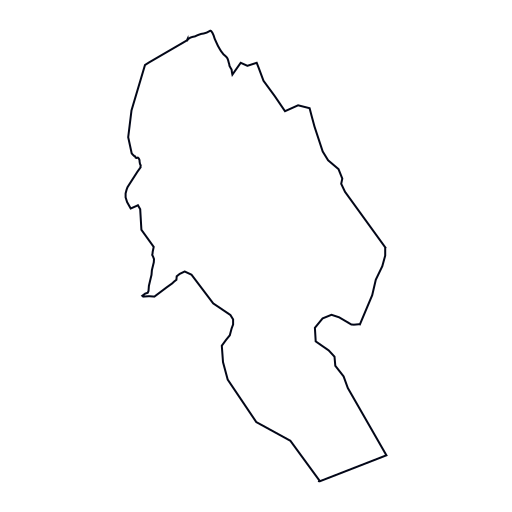 the district of The Morne, Castries, Saint Lucia
{"feature_id": "8701671B84211341759878", "entity_name": "The Morne", "entity_type": "district", "adm_level": 2, "iso_a3": "LCA", "parent_name": "Saint Lucia", "parent_adm1": "Castries", "projection": "equal_earth", "projection_center": [-60.998, 13.997], "detail": "fine", "context": "isolated", "style": "outline", "palette": "ink", "viewbox_px": 512, "rotation_deg": 0, "n_neighbors": 0, "source": "geoboundaries", "source_scale": "gbopen_adm2", "svg_char_len": 1905}
<svg xmlns="http://www.w3.org/2000/svg" viewBox="0 0 512 512"><path d="M386.4,455.3L347.8,388.0L343.6,376.4L335.3,365.8L334.5,356.7L328.7,350.4L328.1,350.0L315.7,341.4L314.9,327.8L322.6,318.4L331.5,314.8L339.1,317.3L351.3,324.5L353.9,324.7L359.3,324.2L359.9,324.4L372.2,295.2L375.8,279.7L382.3,266.2L385.2,255.6L385.2,247.8L385.4,247.6L345.0,191.8L341.2,183.8L342.3,178.6L338.5,169.1L328.1,160.3L322.7,151.5L314.5,126.6L311.5,115.5L309.6,108.2L298.1,105.3L285.0,111.2L274.8,96.2L263.5,80.8L258.7,67.9L256.7,62.8L247.4,65.8L240.7,62.8L232.4,74.6L232.2,73.7L231.9,72.0L231.6,69.6L230.7,68.1L229.5,65.9L229.2,64.1L228.7,62.5L228.2,60.5L227.5,58.5L226.7,57.3L225.7,56.3L224.6,55.3L223.5,54.4L222.6,53.2L221.0,51.1L219.6,48.8L217.9,45.8L216.1,41.9L214.7,38.8L213.6,35.4L212.4,32.8L211.2,31.1L210.3,30.7L209.7,31.0L208.8,31.5L206.7,32.6L203.7,33.5L201.2,33.9L198.9,34.7L197.3,35.3L195.0,36.4L192.5,36.9L190.4,37.6L188.5,38.8L187.8,39.6L187.7,38.7L186.9,40.4L149.1,62.4L145.0,65.0L131.5,110.4L128.2,137.2L131.7,153.4L132.4,154.2L132.8,154.7L133.5,155.3L134.3,156.1L135.0,156.3L135.3,156.7L135.6,157.6L136.4,158.0L137.8,157.6L138.8,158.5L139.5,160.1L139.6,161.8L140.0,164.0L140.7,165.3L140.5,166.4L140.6,167.3L137.5,171.6L129.4,184.2L127.5,187.2L126.6,189.6L125.6,193.4L125.6,197.4L127.1,202.1L130.7,208.5L136.6,205.9L137.9,205.2L140.2,209.2L141.4,229.8L153.7,246.9L152.7,251.7L152.5,253.7L152.2,254.9L153.1,256.7L154.0,259.1L153.8,262.3L151.9,270.1L151.5,274.9L150.7,278.2L148.9,285.8L148.5,291.0L147.7,292.8L145.2,293.6L142.3,295.8L143.2,296.6L149.1,296.2L154.4,296.6L166.6,287.4L172.2,283.4L174.3,281.4L176.4,279.8L176.7,276.3L179.7,273.9L184.7,271.5L191.5,274.7L213.2,303.4L230.4,315.0L233.1,319.4L233.1,324.5L231.6,328.5L229.8,335.3L226.2,339.7L221.8,345.7L223.0,362.1L227.7,379.6L256.3,422.1L290.4,440.8L319.4,480.5L319.1,481.2L319.7,481.3L386.4,455.3Z" fill="none" stroke="#020617" stroke-width="2"/></svg>